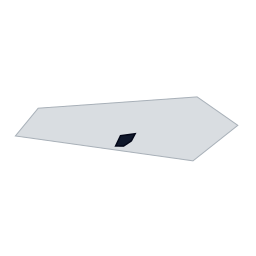 George Hill highlighted on a map of Anguilla, rotated 28°
{"feature_id": "AIA-5116", "entity_name": "George Hill", "entity_type": "District", "adm_level": 1, "iso_a3": "AIA", "parent_name": "Anguilla", "parent_adm1": "", "projection": "robinson", "projection_center": [-63.068, 18.211], "detail": "fine", "context": "in_parent", "style": "filled", "palette": "ink", "viewbox_px": 256, "rotation_deg": 28, "n_neighbors": 0, "source": "natural_earth", "source_scale": "10m", "svg_char_len": 372}
<svg xmlns="http://www.w3.org/2000/svg" viewBox="0 0 256 256"><g transform="rotate(28 128 128)"><path d="M200.8,126.5L32.3,187.9L39.4,152.7L174.4,68.1L223.7,74.1L200.8,126.5Z" fill="#d9dde1" stroke="#a8b0b8" stroke-width="1"/><path d="M125.0,138.3L137.0,129.7L137.0,137.8L132.6,146.0L125.5,149.7L125.0,138.3Z" fill="#0f172a" stroke="#020617" stroke-width="1.5"/></g></svg>